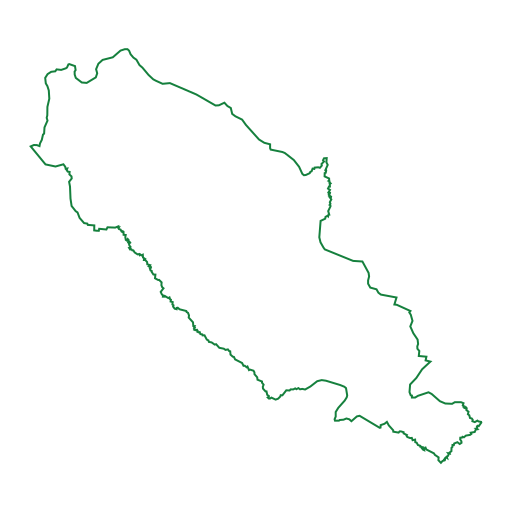 Plaeng Yao, Chachoengsao, Thailand (orthographic projection)
{"feature_id": "78962969B34139607112253", "entity_name": "Plaeng Yao", "entity_type": "district", "adm_level": 2, "iso_a3": "THA", "parent_name": "Thailand", "parent_adm1": "Chachoengsao", "projection": "orthographic", "projection_center": [101.361, 13.55], "detail": "fine", "context": "isolated", "style": "outline", "palette": "green", "viewbox_px": 512, "rotation_deg": 0, "n_neighbors": 0, "source": "geoboundaries", "source_scale": "gbopen_adm2", "svg_char_len": 6019}
<svg xmlns="http://www.w3.org/2000/svg" viewBox="0 0 512 512"><path d="M84.1,223.1L87.3,223.6L87.8,224.9L94.3,225.4L94.2,230.4L96.5,230.7L98.8,230.8L99.2,228.8L106.4,229.5L107.5,227.3L115.2,227.6L118.2,226.4L118.1,227.2L119.0,227.2L118.4,228.1L119.0,229.1L120.6,229.6L121.6,231.6L122.8,232.2L123.0,231.4L123.5,231.7L123.6,234.8L125.7,235.0L125.3,237.1L125.8,239.9L126.7,240.5L127.7,239.0L128.7,240.2L128.2,242.1L129.7,242.0L130.2,242.7L128.9,243.7L129.5,245.7L130.5,246.8L130.3,247.9L129.2,248.0L130.1,249.5L131.4,249.3L132.3,250.4L133.4,250.4L134.6,252.4L137.6,254.4L139.2,254.0L139.7,255.1L140.4,254.5L141.4,255.4L142.8,254.7L143.0,257.5L144.9,258.8L144.0,259.3L143.9,260.0L145.2,260.0L147.1,262.0L147.3,264.3L150.0,265.1L149.1,266.1L150.3,266.2L151.0,267.2L150.6,268.2L149.8,268.2L150.5,270.4L151.8,271.1L151.7,271.9L153.4,274.5L155.4,274.6L155.0,278.3L158.2,280.0L159.1,279.9L161.6,282.4L161.4,285.2L162.2,287.2L163.5,288.3L160.7,291.9L161.9,294.5L163.1,295.4L162.9,296.7L164.3,296.7L164.0,296.1L164.6,295.8L168.3,298.1L169.5,297.4L170.1,299.3L170.9,299.7L170.6,301.5L172.7,302.1L172.4,304.5L173.5,305.3L173.1,306.6L174.7,308.7L176.6,309.2L176.7,307.9L177.7,307.7L179.6,309.3L186.3,311.0L186.6,312.0L188.0,312.8L189.0,315.4L188.7,317.6L193.0,322.3L193.3,326.0L194.6,326.1L194.2,326.8L194.8,327.4L194.0,328.2L194.6,329.0L194.2,329.7L195.3,330.2L197.0,329.8L197.7,331.0L197.3,331.7L198.6,332.4L199.7,332.1L200.4,334.1L202.3,334.4L202.6,335.4L204.5,335.3L206.8,339.6L208.4,340.4L208.9,341.9L211.6,342.4L214.7,344.6L216.1,344.2L219.3,347.8L223.8,348.7L225.5,349.9L227.9,349.4L229.1,351.0L230.2,351.3L230.5,354.6L232.8,356.7L233.9,356.9L235.1,359.4L242.1,363.0L243.5,365.8L244.7,365.7L246.7,367.3L247.5,366.6L249.0,370.1L250.0,369.6L253.5,370.7L254.4,372.3L254.5,374.2L257.2,377.3L257.5,379.7L262.0,381.5L262.0,382.7L263.6,384.7L262.8,386.8L263.0,388.6L265.5,391.4L266.5,391.4L267.2,394.8L268.9,396.1L268.7,397.1L267.8,397.5L268.8,398.5L270.1,398.5L271.4,397.6L275.6,399.6L278.1,398.7L280.3,396.5L280.7,395.2L282.4,395.3L286.3,390.3L289.6,390.5L290.6,389.4L293.3,389.4L295.2,388.4L296.4,389.2L298.4,388.1L300.0,389.3L302.3,388.9L305.1,389.5L310.4,386.5L317.2,381.2L321.7,380.1L325.9,380.7L340.1,385.0L344.3,386.7L346.0,388.1L347.2,395.4L346.7,397.4L344.7,400.6L338.3,407.8L335.7,412.0L335.7,416.6L334.6,419.2L335.0,420.7L338.9,420.7L339.7,420.0L343.5,419.7L346.4,418.5L349.3,419.3L351.4,421.2L356.9,416.4L359.6,415.8L379.7,427.8L380.5,427.6L380.7,425.1L384.5,423.8L386.9,421.9L388.8,425.4L393.2,430.3L393.3,431.7L398.6,432.6L399.6,431.4L400.9,431.4L403.6,432.2L403.6,433.4L406.9,435.0L406.5,435.7L407.3,437.0L410.2,438.1L411.8,437.9L412.6,440.2L415.1,439.6L415.3,442.2L416.7,442.7L417.9,445.0L420.3,445.8L420.3,446.7L422.6,447.2L421.8,448.1L423.1,449.7L424.0,450.1L423.6,448.7L425.2,447.8L425.2,448.5L425.9,448.4L426.2,449.4L434.0,453.4L434.8,454.8L438.6,457.4L438.4,460.2L440.9,462.8L442.6,460.9L444.2,460.5L444.0,459.7L444.4,459.2L445.0,459.5L445.3,457.8L446.2,457.4L447.1,458.0L446.7,456.6L448.1,455.8L448.7,454.0L448.2,453.3L449.8,453.6L449.5,452.6L451.4,451.2L451.5,447.8L452.4,447.0L452.5,445.0L453.8,445.1L454.2,443.5L457.4,442.2L459.7,444.0L461.5,442.8L461.4,441.3L460.2,439.5L460.3,437.7L462.0,437.6L462.5,436.8L463.9,437.3L465.9,435.6L470.0,434.9L471.3,434.0L470.7,432.7L474.7,432.0L475.8,429.5L477.1,429.3L476.1,428.6L477.3,428.4L476.9,426.4L477.8,425.7L478.8,426.1L481.3,422.6L481.1,421.9L478.4,421.4L477.4,420.6L474.8,422.1L472.4,421.2L472.7,419.8L471.8,418.5L470.0,418.0L469.3,415.3L467.9,414.2L468.5,411.7L466.4,410.1L466.7,408.2L465.9,407.3L465.5,408.3L464.3,407.9L464.2,407.0L463.5,406.8L463.7,405.9L462.8,405.4L463.5,403.2L461.0,402.2L454.8,402.2L452.1,403.8L445.3,403.5L439.9,401.2L431.7,394.0L428.5,392.3L418.0,395.8L415.2,397.5L411.9,397.5L411.9,395.6L410.7,395.3L409.5,392.1L410.1,384.5L416.3,378.0L422.1,369.3L430.4,361.6L425.6,360.4L426.4,356.7L418.8,356.0L419.3,351.0L417.4,348.7L417.3,346.3L418.1,344.0L417.6,339.6L413.3,333.2L410.3,326.4L412.5,320.9L410.8,314.8L409.3,312.4L410.4,311.0L396.8,304.8L394.4,304.5L396.5,297.5L380.9,294.6L378.4,292.7L376.5,289.3L370.3,287.6L368.1,283.7L368.1,280.4L369.1,276.5L368.6,272.9L362.4,261.5L353.1,260.9L324.8,249.4L323.5,247.6L320.5,242.3L319.3,237.3L320.6,220.9L325.2,218.7L325.5,216.9L327.6,215.7L328.1,216.3L328.6,214.5L329.2,214.5L328.2,211.1L330.5,206.3L330.4,205.3L329.6,204.9L330.4,203.5L329.8,202.2L331.3,199.4L329.8,197.4L330.9,197.5L331.1,196.7L328.8,195.0L328.7,194.0L329.8,193.7L330.0,192.8L328.5,192.3L330.0,189.9L328.0,188.6L329.0,186.5L329.9,186.5L329.8,184.1L330.6,183.4L329.8,182.8L330.5,182.1L329.5,182.4L329.5,181.3L328.6,180.9L329.2,180.4L329.1,178.5L324.6,176.4L324.7,173.1L325.7,172.8L326.2,170.6L326.1,170.0L325.6,170.7L325.3,170.3L327.7,164.9L326.4,162.3L326.7,158.1L324.0,158.3L323.0,160.3L324.0,161.5L321.5,164.0L321.8,165.6L319.9,167.8L318.3,167.3L314.6,167.6L314.3,168.9L312.6,168.6L311.6,171.3L310.3,171.9L309.7,173.2L305.8,175.0L303.9,175.2L302.3,173.8L299.1,166.8L293.8,160.0L284.8,153.0L282.4,152.0L270.7,149.6L270.1,148.2L270.1,144.3L264.3,142.8L259.0,139.5L245.9,124.9L242.1,119.6L235.4,116.3L232.2,113.9L230.8,108.0L227.4,106.0L224.4,102.7L218.9,105.3L215.5,105.5L196.4,94.5L169.9,83.1L162.6,83.8L155.8,80.7L153.2,79.3L148.5,74.9L142.4,67.6L139.5,65.1L136.4,59.7L133.4,57.6L130.6,54.3L129.1,50.7L127.5,49.2L124.8,49.2L120.5,50.6L112.8,57.3L102.6,59.9L98.4,63.7L96.1,69.2L97.2,73.3L95.8,77.4L86.7,82.9L81.8,82.5L75.8,77.9L74.7,74.6L74.6,71.6L75.6,70.1L75.0,66.1L69.3,64.1L68.4,64.4L67.0,67.5L65.9,68.3L61.2,69.9L56.6,69.4L55.3,71.3L51.2,71.8L47.6,74.1L45.2,77.9L45.8,83.4L47.4,86.1L48.8,90.5L49.3,98.7L47.4,106.9L47.3,115.3L46.7,117.8L47.5,120.6L44.5,127.4L44.1,133.6L43.0,134.6L41.8,139.9L40.0,143.4L39.5,146.1L36.9,145.1L33.9,145.0L30.7,146.4L45.5,164.4L55.5,166.5L63.4,164.3L65.2,166.7L65.7,168.8L67.3,168.5L66.7,170.1L67.7,171.6L69.6,171.9L69.4,174.4L71.5,176.4L71.7,178.5L69.1,181.8L70.0,186.5L70.5,198.6L71.6,206.0L75.7,211.2L77.5,212.4L79.6,217.9L84.1,223.1Z" fill="none" stroke="#15803d" stroke-width="2"/></svg>